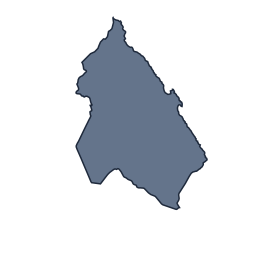 the border of Antofagasta, rotated 140°
{"feature_id": "CHL-2695", "entity_name": "Antofagasta", "entity_type": "Region", "adm_level": 1, "iso_a3": "CHL", "parent_name": "Chile", "parent_adm1": "", "projection": "mercator", "projection_center": [-69.6, -23.478], "detail": "fine", "context": "isolated", "style": "filled", "palette": "slate", "viewbox_px": 256, "rotation_deg": 140, "n_neighbors": 0, "source": "natural_earth", "source_scale": "10m", "svg_char_len": 5342}
<svg xmlns="http://www.w3.org/2000/svg" viewBox="0 0 256 256"><g transform="rotate(140 128 128)"><path d="M139.7,33.9L140.4,34.3L140.9,34.4L142.3,34.3L143.1,34.5L143.6,35.0L150.7,46.8L151.1,48.4L151.0,57.2L151.2,58.5L153.3,62.4L154.0,65.2L154.4,71.2L154.6,71.7L154.9,72.1L155.7,72.9L157.3,74.5L158.0,75.0L158.6,75.7L159.0,76.6L159.1,77.4L159.0,77.7L158.6,78.3L158.5,78.7L158.6,79.1L159.5,80.5L159.8,81.3L159.9,82.0L159.3,84.3L159.3,85.1L159.5,85.8L160.8,88.2L161.1,89.0L161.4,90.8L162.4,92.9L162.5,93.6L161.4,99.0L161.3,101.9L161.5,102.8L161.9,103.4L163.2,103.6L163.3,103.6L164.1,104.8L164.3,105.0L165.4,105.4L170.6,105.7L173.0,105.5L174.2,105.3L185.0,102.9L191.0,109.5L190.9,110.7L190.3,112.6L187.9,120.4L185.5,128.3L183.1,136.1L183.0,136.5L181.9,140.2L180.8,144.0L180.0,146.4L179.3,147.5L177.6,148.4L176.2,149.0L175.9,149.1L175.2,149.3L174.6,149.6L174.2,149.7L170.0,151.6L165.8,153.5L161.6,155.4L157.3,157.3L155.6,158.0L153.9,158.8L152.2,159.5L150.5,160.2L149.4,160.7L148.8,161.1L148.6,161.4L148.3,162.4L147.0,164.5L146.6,164.9L146.0,164.9L145.4,164.7L144.8,164.6L144.2,165.0L142.9,167.9L142.6,169.0L142.4,169.7L142.0,169.5L141.4,168.6L140.9,168.7L140.6,169.1L140.5,169.7L140.4,170.2L140.0,171.5L138.3,175.0L138.1,175.8L138.1,176.4L138.9,178.4L139.0,178.7L139.3,179.0L140.2,179.5L140.4,179.7L141.1,179.7L141.5,179.8L141.7,180.1L141.9,180.7L141.8,180.8L141.8,181.0L141.9,181.4L142.3,181.7L142.4,181.8L142.6,182.1L142.8,182.4L142.9,182.6L142.8,183.0L142.7,184.4L143.4,185.5L144.5,186.5L145.2,187.4L145.3,188.2L144.8,188.7L144.2,189.0L143.4,189.1L142.7,189.1L142.2,189.0L141.6,189.0L141.0,189.4L140.9,189.5L140.2,190.4L138.9,194.5L138.2,194.6L137.7,194.8L136.9,195.4L135.1,197.0L134.3,197.4L133.4,197.8L132.2,197.9L131.1,197.8L129.4,197.4L128.6,197.4L127.8,197.5L126.2,197.8L123.8,197.9L123.6,198.0L123.4,198.2L123.2,198.6L123.2,199.1L123.3,199.5L123.5,199.9L123.8,200.3L124.0,200.7L124.0,201.1L124.0,201.5L123.9,201.9L123.8,202.1L123.0,203.3L121.7,205.7L121.5,206.3L121.3,207.0L121.1,207.9L108.9,209.0L104.6,207.8L99.8,208.3L97.8,209.5L93.9,211.5L89.5,212.0L88.1,210.6L85.0,211.2L80.8,214.5L79.1,214.2L76.5,214.4L71.3,218.1L68.8,222.0L68.5,222.1L68.7,221.4L68.5,220.1L68.0,218.9L67.5,218.1L66.4,216.7L66.2,216.1L66.1,215.1L66.0,214.9L65.3,214.6L65.0,214.6L65.2,213.7L65.5,212.7L66.3,212.5L66.6,211.3L66.5,210.3L66.6,209.5L66.8,208.6L67.2,208.1L68.0,207.8L68.5,207.0L68.4,205.3L68.3,205.0L68.0,204.2L68.0,203.8L68.0,203.3L68.1,203.1L68.9,202.4L69.1,202.4L69.6,202.3L70.2,202.0L71.3,201.2L71.8,201.1L72.0,200.7L72.4,198.7L72.6,198.0L73.9,198.0L74.3,197.9L74.5,197.5L74.6,197.2L74.8,196.9L74.9,196.5L74.9,196.0L74.7,195.5L74.7,195.0L75.1,193.9L75.3,192.4L75.2,190.8L74.8,189.3L74.0,188.0L73.4,187.7L73.2,187.5L73.1,187.1L73.1,186.7L73.2,186.1L73.3,185.8L73.5,185.0L73.9,184.3L74.1,183.6L74.0,182.6L72.4,180.5L72.1,179.7L72.0,178.8L71.4,177.3L71.2,176.5L71.2,174.8L71.1,174.5L70.6,173.8L70.5,173.6L70.5,170.6L71.2,168.9L71.2,168.5L71.0,168.1L70.9,167.2L70.7,166.9L70.4,166.7L70.3,166.3L70.3,165.9L70.4,165.6L70.6,165.4L70.7,165.0L71.0,164.3L71.3,163.1L71.7,161.8L71.4,160.7L71.2,160.1L71.2,159.9L71.3,159.9L71.6,159.6L71.7,159.4L71.6,159.0L71.5,158.5L71.7,158.2L72.0,157.7L71.9,157.2L72.0,156.7L71.9,156.1L72.0,155.5L72.6,154.3L72.4,153.8L72.5,153.4L72.9,152.6L72.6,151.8L72.4,151.0L72.8,150.9L72.9,150.6L73.1,150.0L73.0,148.9L72.8,147.8L72.2,146.2L72.4,145.1L73.1,143.1L72.9,142.2L72.7,141.6L72.6,141.2L73.3,140.4L73.1,138.4L73.3,137.8L73.6,137.3L74.7,136.3L75.1,135.8L75.7,134.7L76.3,133.5L76.7,132.1L76.8,130.7L76.3,129.8L76.0,128.3L75.1,127.6L74.2,127.2L73.2,126.8L72.7,127.2L72.4,128.0L72.0,128.5L71.7,129.1L71.0,128.9L70.3,128.6L69.5,128.3L69.0,129.0L68.6,128.5L68.8,127.0L69.1,126.2L69.2,125.9L69.6,125.8L70.0,125.5L70.2,125.1L69.8,124.4L69.7,124.4L69.6,123.5L69.5,122.6L70.0,121.5L69.8,120.6L69.7,119.8L69.7,119.2L69.7,118.5L70.2,117.3L70.8,116.8L71.0,115.9L70.6,115.2L70.9,114.3L70.3,113.5L70.6,112.4L71.0,111.7L71.8,110.7L72.7,110.0L72.8,109.8L73.2,110.2L73.3,110.5L73.3,110.9L73.2,111.2L73.1,111.5L73.3,112.2L73.6,112.6L74.2,113.0L74.7,113.0L75.6,112.7L76.6,112.1L77.4,111.4L77.9,110.6L78.6,109.6L78.9,108.4L78.9,108.1L78.9,107.9L79.1,107.5L79.5,107.0L79.9,106.5L80.1,105.9L80.2,105.2L80.3,104.6L80.0,103.8L79.6,102.8L79.4,101.8L79.8,100.7L79.7,100.2L80.1,99.3L80.5,98.3L80.3,97.2L80.5,96.9L80.4,96.6L80.3,96.3L80.3,96.0L80.4,95.7L80.7,95.6L80.9,95.5L81.0,95.1L80.9,94.7L80.6,94.0L80.5,93.6L80.6,93.2L81.8,91.0L81.9,90.7L81.8,90.3L81.4,89.5L81.6,86.9L81.6,84.8L81.8,84.3L82.0,83.7L82.5,78.8L82.4,78.2L82.9,76.6L82.8,75.9L83.3,75.6L83.6,75.0L83.7,74.4L83.7,73.8L83.2,73.1L83.3,73.0L83.4,72.9L83.5,72.9L83.6,72.7L84.0,71.9L83.8,71.5L83.9,71.2L84.1,70.9L84.2,70.4L84.1,69.8L83.9,69.4L83.5,68.6L84.9,67.8L85.1,66.0L84.8,64.1L85.1,63.1L85.0,62.7L84.9,60.6L84.9,60.2L85.3,59.5L85.9,59.0L86.5,58.6L86.7,58.0L86.8,57.3L87.0,56.8L87.0,56.3L87.5,56.0L87.6,55.5L87.5,55.0L87.3,54.7L87.2,54.2L87.6,53.4L87.9,52.8L88.0,52.8L90.4,52.7L91.4,52.8L92.1,52.9L92.5,52.9L92.9,52.9L93.9,51.5L96.3,50.6L97.4,50.7L97.7,50.7L98.0,50.6L98.4,50.5L98.7,50.4L99.0,50.5L99.4,50.7L103.1,50.8L103.4,51.0L103.8,51.3L106.7,52.6L108.6,52.7L112.2,51.6L119.7,48.7L130.8,45.2L131.5,44.8L132.2,44.2L133.9,41.5L134.3,41.0L135.0,40.5L135.6,40.1L138.4,39.1L138.6,39.0L138.8,38.8L139.2,37.4L139.7,33.9L139.7,33.9Z" fill="#64748b" stroke="#1e293b" stroke-width="1.5"/></g></svg>